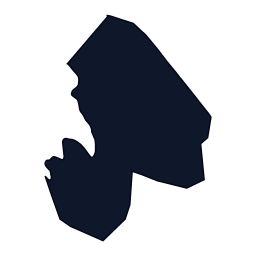 the district of Chatin, Anse-la-Raye, Saint Lucia
{"feature_id": "8701671B98746614638816", "entity_name": "Chatin", "entity_type": "district", "adm_level": 2, "iso_a3": "LCA", "parent_name": "Saint Lucia", "parent_adm1": "Anse-la-Raye", "projection": "orthographic", "projection_center": [-61.041, 13.919], "detail": "fine", "context": "isolated", "style": "filled", "palette": "ink", "viewbox_px": 256, "rotation_deg": 0, "n_neighbors": 0, "source": "geoboundaries", "source_scale": "gbopen_adm2", "svg_char_len": 2863}
<svg xmlns="http://www.w3.org/2000/svg" viewBox="0 0 256 256"><path d="M134.9,25.0L133.1,23.4L125.3,20.9L119.3,19.0L111.5,16.4L109.6,15.9L109.4,15.8L106.6,15.4L107.3,15.6L108.3,15.9L67.4,63.8L68.3,64.3L69.3,65.4L69.7,65.9L70.7,67.1L71.6,68.2L72.3,69.1L73.3,70.3L74.4,71.6L75.3,72.6L76.4,73.8L77.1,74.7L77.8,75.7L78.4,76.8L78.7,78.0L78.8,78.6L78.9,79.2L78.9,80.3L78.9,81.0L78.7,82.6L78.5,84.1L78.4,84.9L77.8,86.0L77.0,87.0L76.5,87.4L75.5,88.3L74.1,89.3L73.5,89.8L72.9,90.4L72.4,91.1L72.1,91.7L71.9,92.4L71.8,92.7L71.6,93.5L71.6,94.2L71.7,94.6L72.0,95.2L72.8,95.9L73.6,96.6L74.6,97.2L75.2,97.7L76.0,98.3L76.7,98.8L77.1,99.2L77.6,100.0L78.0,100.6L78.3,101.8L78.5,102.5L78.7,103.5L79.0,104.7L79.3,106.6L79.5,108.1L79.8,109.2L80.0,110.2L80.3,110.8L80.8,111.7L81.2,112.3L81.7,112.9L82.2,113.5L82.8,114.3L83.3,115.2L83.9,116.1L84.2,116.8L84.5,117.4L84.9,118.3L85.2,119.0L85.5,119.6L86.0,120.3L86.6,121.0L87.9,122.5L88.6,123.3L89.4,124.3L90.0,125.1L90.2,125.6L90.7,126.4L90.9,127.1L91.2,127.8L91.4,128.5L91.5,129.0L91.7,130.0L91.8,130.9L91.8,131.6L92.0,132.5L92.5,133.5L92.7,134.0L93.5,135.9L94.3,137.9L94.7,138.6L95.0,139.3L95.2,140.7L95.3,141.5L95.4,142.0L95.5,142.5L95.5,143.2L95.6,144.0L95.6,144.9L95.6,145.5L95.6,146.2L95.6,146.9L95.6,147.8L95.6,148.5L95.6,148.9L95.6,149.4L95.6,150.1L95.5,150.9L95.5,151.8L95.3,152.6L95.0,153.4L94.6,154.3L94.3,155.0L93.9,155.8L93.6,156.4L93.1,156.8L92.6,157.2L92.2,157.3L91.5,157.4L90.8,157.0L90.0,156.2L88.3,154.0L86.5,151.5L85.1,149.6L83.8,147.9L82.2,146.1L81.2,145.0L80.1,144.0L78.9,143.2L77.2,141.9L74.1,140.2L73.2,139.9L72.2,139.6L69.5,139.3L68.3,139.0L65.7,138.5L64.9,138.7L64.3,138.9L63.5,139.7L63.2,140.2L62.9,140.8L62.8,141.3L62.7,141.9L62.7,142.7L62.8,143.4L64.1,155.3L64.2,156.2L64.1,157.1L64.0,157.9L63.8,158.6L63.6,158.9L63.2,159.3L62.8,159.6L62.2,159.8L61.5,159.7L60.7,159.3L59.7,158.9L58.2,158.2L56.4,157.5L55.6,157.2L54.8,156.9L54.1,156.7L53.5,156.7L52.9,157.0L52.5,157.3L51.7,158.1L51.2,158.5L50.6,159.3L49.9,159.8L49.4,160.1L48.7,160.2L48.1,160.3L47.0,160.3L46.4,160.8L45.8,161.4L45.4,162.2L45.2,162.9L45.1,163.6L45.3,164.6L45.6,165.3L45.9,165.9L46.4,166.5L46.9,167.2L47.5,167.9L48.0,168.4L48.5,169.0L49.2,169.6L49.6,170.1L50.1,170.8L50.3,171.3L50.5,172.0L50.7,172.6L50.8,173.5L50.9,174.3L51.0,175.1L51.2,175.9L51.4,176.5L51.5,177.3L51.4,177.9L51.3,178.7L51.1,179.0L50.9,179.4L50.7,179.5L50.2,180.0L49.7,180.1L49.1,179.9L48.5,179.6L47.9,179.1L47.4,178.7L47.0,178.2L46.5,177.7L46.0,177.1L45.2,176.2L50.8,192.8L60.1,219.1L70.5,226.3L103.0,240.6L125.1,219.1L129.8,204.7L132.1,171.2L142.5,174.8L157.6,180.8L186.7,188.0L204.1,179.6L200.6,143.7L207.6,137.7L210.9,117.2L209.5,114.9L208.2,113.2L199.0,101.6L194.3,95.5L193.9,95.1L187.3,86.8L180.7,78.5L180.2,78.1L178.0,75.2L175.6,72.1L166.7,61.3L163.8,57.5L158.0,49.9L154.0,45.0L145.7,35.0L140.3,30.1L134.9,25.0Z" fill="#0f172a" stroke="#020617" stroke-width="1.5"/></svg>